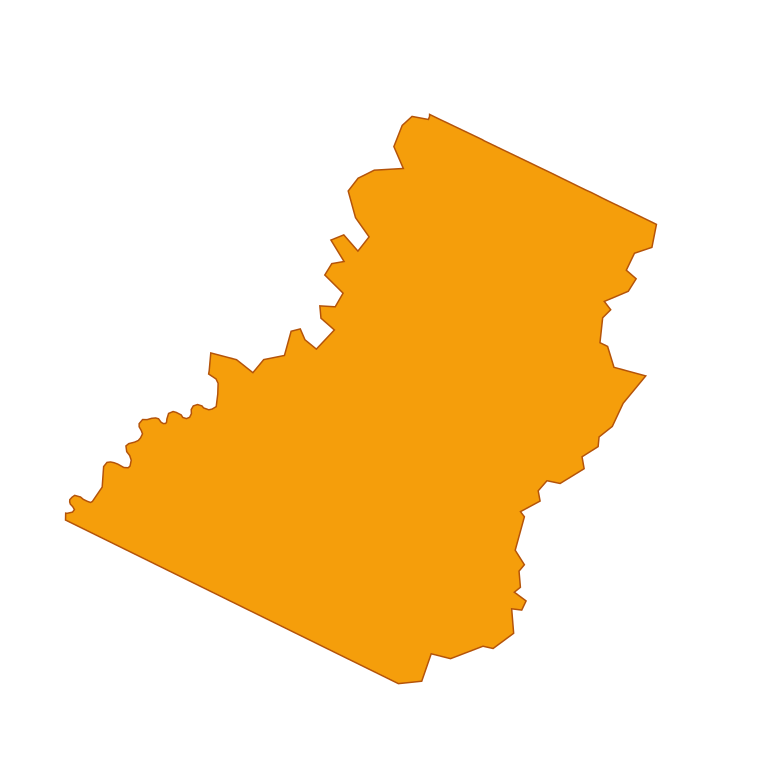 outline of Bowie, Texas, United States of America, rotated 296°
{"feature_id": "52423323B35633344294937", "entity_name": "Bowie", "entity_type": "district", "adm_level": 2, "iso_a3": "USA", "parent_name": "United States of America", "parent_adm1": "Texas", "projection": "equal_earth", "projection_center": [-94.429, 33.475], "detail": "fine", "context": "isolated", "style": "filled", "palette": "amber", "viewbox_px": 768, "rotation_deg": 296, "n_neighbors": 0, "source": "geoboundaries", "source_scale": "gbopen_adm2", "svg_char_len": 2055}
<svg xmlns="http://www.w3.org/2000/svg" viewBox="0 0 768 768"><g transform="rotate(296 384 384)"><path d="M191.7,587.9L194.1,598.0L216.8,609.8L237.9,597.3L241.2,606.9L251.3,606.8L254.0,592.4L261.1,595.7L275.0,587.4L283.1,589.4L292.1,574.8L326.2,568.4L329.1,562.6L347.2,575.6L355.6,569.4L368.5,572.9L371.8,585.9L395.6,601.0L405.4,593.9L421.6,603.9L430.7,600.5L446.0,607.8L471.5,607.4L506.0,615.7L499.8,583.4L515.8,568.5L515.8,560.0L539.4,551.5L550.1,555.2L554.8,545.8L574.4,562.9L589.1,564.5L592.5,551.9L611.3,551.8L624.3,564.9L646.9,558.9L646.9,526.7L646.8,510.0L646.8,505.3L646.8,498.7L647.0,486.4L646.8,479.9L646.8,471.7L646.9,437.7L646.8,427.0L646.8,422.2L646.6,388.0L646.5,367.5L646.5,367.2L646.7,365.5L646.3,316.6L646.3,307.6L646.3,306.8L644.3,307.7L641.2,307.9L636.8,291.9L624.4,287.0L601.7,288.8L586.2,306.9L571.9,281.5L557.6,270.5L541.8,267.2L521.0,285.5L509.7,306.1L492.0,302.3L500.4,282.5L490.1,273.2L476.6,294.4L469.3,284.3L456.0,283.0L447.7,307.4L432.0,306.3L426.1,292.1L415.5,298.5L410.8,315.7L385.7,307.9L389.1,293.6L396.8,284.6L390.7,277.4L366.0,282.0L353.2,265.2L336.7,261.2L341.2,240.8L336.0,214.7L319.5,221.0L316.1,222.0L314.9,230.8L311.9,234.6L302.1,239.0L290.1,243.1L286.0,240.4L284.0,237.8L283.4,232.3L284.5,230.0L283.8,225.4L280.7,222.2L276.6,221.9L272.9,223.9L268.9,223.9L266.3,221.6L265.7,217.8L267.3,215.3L267.4,209.7L266.8,206.5L263.1,203.3L257.4,204.2L254.3,205.3L252.8,205.0L251.7,203.0L251.9,200.4L253.9,196.6L253.4,193.7L251.3,190.2L248.2,186.8L246.2,182.6L241.0,181.3L238.2,182.7L235.8,186.2L233.3,188.8L228.8,188.8L225.5,187.9L222.4,185.3L218.5,180.7L215.2,179.2L210.4,182.4L208.2,186.8L204.7,190.2L199.0,191.7L196.6,190.8L194.9,186.8L195.3,179.8L194.9,175.7L194.0,172.3L192.1,169.4L186.9,168.2L167.8,175.9L150.6,173.4L148.9,172.2L148.5,168.7L148.5,164.3L149.4,160.8L148.3,154.8L145.4,153.2L142.3,152.3L140.2,153.2L138.5,154.8L137.3,158.0L135.4,160.8L132.3,160.2L128.8,155.8L128.4,154.5L122.1,157.4L121.0,528.3L133.4,548.2L162.2,544.7L166.3,564.2L191.7,587.9Z" fill="#f59e0b" stroke="#b45309" stroke-width="1.5"/></g></svg>